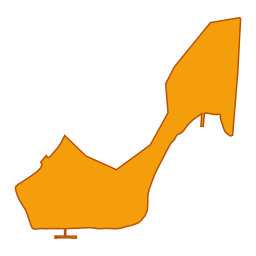 outline of Pointe Seraphine, Castries, Saint Lucia
{"feature_id": "8701671B40799965178228", "entity_name": "Pointe Seraphine", "entity_type": "district", "adm_level": 2, "iso_a3": "LCA", "parent_name": "Saint Lucia", "parent_adm1": "Castries", "projection": "equal_earth", "projection_center": [-60.994, 14.016], "detail": "fine", "context": "isolated", "style": "filled", "palette": "amber", "viewbox_px": 256, "rotation_deg": 0, "n_neighbors": 0, "source": "geoboundaries", "source_scale": "gbopen_adm2", "svg_char_len": 3038}
<svg xmlns="http://www.w3.org/2000/svg" viewBox="0 0 256 256"><path d="M230.5,136.0L231.3,135.7L232.7,135.1L233.6,123.3L234.4,113.8L235.3,102.7L236.4,88.8L237.7,73.6L238.4,60.7L240.6,18.8L240.1,18.2L239.6,17.7L210.4,22.6L174.2,67.1L165.7,83.7L168.0,112.7L165.1,118.1L150.3,144.9L116.4,169.7L86.4,156.2L83.3,153.4L64.7,135.5L64.5,136.0L63.5,138.0L62.4,140.2L61.3,142.2L60.5,143.7L59.6,144.9L58.8,146.2L58.3,146.9L57.5,147.9L56.6,149.0L55.5,150.3L54.4,151.7L53.1,153.1L51.9,154.6L51.0,155.8L49.9,156.8L49.0,157.3L48.0,157.7L46.7,156.2L46.2,155.5L44.9,157.1L43.3,159.0L41.7,161.0L40.7,162.2L41.1,162.9L41.8,164.1L41.5,166.2L40.5,168.1L39.4,169.2L38.3,170.3L37.2,171.4L36.1,172.3L34.5,173.5L33.3,174.4L32.0,175.3L31.0,176.0L29.9,176.8L28.3,177.8L27.0,178.7L25.0,180.0L23.5,181.0L21.6,182.2L20.5,182.9L19.3,183.6L18.5,184.1L18.1,184.4L16.8,185.5L16.1,186.0L15.4,188.0L15.6,189.0L15.8,190.0L15.9,190.9L16.3,192.2L17.1,194.7L17.5,195.8L18.5,197.8L19.2,199.4L19.6,200.5L21.1,202.8L22.0,204.5L22.6,205.3L23.5,206.8L24.4,208.3L25.0,209.1L25.5,209.7L26.0,210.9L26.5,212.2L26.8,213.2L27.3,214.4L27.8,216.0L28.3,217.4L28.7,218.8L29.2,220.2L29.8,221.9L30.3,223.3L30.6,224.3L31.3,226.1L31.9,227.3L32.4,228.2L33.6,228.9L34.6,229.0L35.6,229.1L36.9,229.0L38.4,228.8L40.8,228.6L42.2,228.5L44.1,228.7L45.7,228.8L48.3,228.6L50.3,228.6L52.5,228.5L54.2,228.6L56.2,228.7L58.4,228.6L61.5,228.6L63.6,228.6L64.7,228.8L64.6,230.2L64.6,232.2L64.6,233.8L64.5,236.1L61.8,236.1L58.6,236.1L55.0,236.1L55.0,238.1L56.1,238.2L56.8,238.3L56.9,237.7L58.6,237.7L61.2,237.8L65.4,237.8L68.7,237.8L71.2,237.9L72.1,237.9L74.5,238.2L76.4,238.2L76.4,236.2L73.9,236.2L71.1,236.2L70.2,236.2L65.8,236.1L65.8,228.7L71.5,228.4L77.4,228.2L82.3,228.0L88.3,227.7L91.3,227.8L94.3,228.0L96.4,228.5L97.5,228.7L101.7,228.6L106.1,228.4L111.5,228.6L115.1,228.8L115.8,228.9L117.6,228.6L120.1,228.2L121.4,228.1L122.9,227.5L124.4,227.0L125.6,226.8L127.6,226.2L129.1,225.9L131.3,225.5L134.1,224.4L136.4,223.7L137.2,223.2L138.2,222.9L140.0,221.5L141.6,219.9L143.0,218.1L144.2,216.6L144.8,216.3L145.6,214.2L146.8,211.6L147.3,210.5L147.4,209.8L147.5,207.7L147.6,206.3L147.8,203.2L147.8,197.4L147.9,195.9L148.3,193.3L149.2,189.2L153.1,178.6L153.6,177.3L154.4,175.0L156.1,171.5L156.6,170.4L160.4,163.0L162.7,158.6L163.2,157.6L165.0,154.2L169.7,145.1L170.1,144.4L171.0,143.1L172.2,141.8L174.3,139.8L174.7,139.0L175.5,137.3L176.2,136.2L176.8,135.4L177.4,134.8L177.9,134.3L180.4,133.5L180.8,133.1L181.6,132.7L182.8,131.5L183.7,130.6L188.6,123.9L189.3,123.2L190.9,121.9L192.6,120.2L193.0,119.8L195.8,117.8L201.2,114.0L201.7,113.7L201.4,116.5L201.4,118.6L201.3,120.1L201.1,123.4L200.9,126.3L203.2,126.4L203.8,119.7L204.1,117.1L204.4,113.1L205.0,113.1L207.8,113.3L208.9,113.5L212.3,114.1L216.7,114.7L217.4,114.5L218.3,114.3L219.0,114.1L219.5,114.3L220.6,115.0L220.4,115.6L220.4,116.6L220.2,117.8L220.8,119.6L221.4,121.5L222.0,123.4L222.6,124.8L223.7,128.8L224.9,131.4L226.6,133.2L227.3,133.7L227.8,134.3L228.6,134.8L229.1,135.2L229.6,135.4L230.5,136.0Z" fill="#f59e0b" stroke="#b45309" stroke-width="1.5"/></svg>